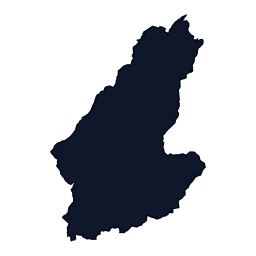 Rau De Mori, Hunedoara, Romania (Equal Earth projection)
{"feature_id": "2599482B8520908508644", "entity_name": "Rau De Mori", "entity_type": "district", "adm_level": 2, "iso_a3": "ROU", "parent_name": "Romania", "parent_adm1": "Hunedoara", "projection": "equal_earth", "projection_center": [22.785, 45.403], "detail": "fine", "context": "isolated", "style": "filled", "palette": "ink", "viewbox_px": 256, "rotation_deg": 0, "n_neighbors": 0, "source": "geoboundaries", "source_scale": "gbopen_adm2", "svg_char_len": 5747}
<svg xmlns="http://www.w3.org/2000/svg" viewBox="0 0 256 256"><path d="M119.9,232.4L124.4,232.4L124.8,231.6L125.8,230.9L127.0,230.6L128.8,229.0L130.9,226.5L132.5,225.9L136.3,226.8L137.7,226.5L138.4,225.5L140.5,225.3L141.2,225.0L142.9,222.7L144.5,222.0L146.6,220.1L146.5,219.7L145.8,219.1L145.7,218.6L146.7,217.6L146.2,216.0L146.6,215.5L149.4,215.9L150.6,216.7L153.0,217.4L153.5,217.3L153.8,217.6L157.2,218.9L160.9,217.5L162.8,216.1L164.5,216.1L167.6,214.5L168.8,212.6L170.5,212.2L172.0,212.7L172.4,212.5L172.8,211.3L172.4,208.9L175.1,208.1L178.7,207.5L178.0,201.0L178.5,200.2L182.2,197.8L182.8,196.6L184.6,195.1L185.0,194.0L184.6,190.3L186.7,188.2L188.0,187.7L188.4,186.2L189.6,184.2L190.7,182.8L191.7,182.0L193.5,179.7L194.6,177.8L195.7,176.7L199.0,175.2L200.5,175.0L200.5,174.6L201.7,172.2L202.0,170.8L203.0,169.6L203.2,168.4L203.6,168.1L203.8,167.6L204.4,167.9L204.5,167.5L205.1,167.0L204.8,166.6L204.7,165.4L204.4,165.3L204.5,164.0L203.9,163.1L201.5,161.7L200.2,160.6L199.6,159.7L198.9,156.4L198.0,155.5L196.1,154.2L194.9,152.7L193.9,152.2L189.8,152.1L189.3,152.8L186.0,155.4L186.0,156.0L185.3,155.0L182.8,154.0L177.9,155.1L177.5,154.8L176.8,155.0L175.2,154.9L174.9,155.2L173.7,155.4L172.1,155.0L171.0,154.2L170.2,154.1L169.6,154.4L168.7,155.3L167.8,155.5L166.0,154.5L164.0,152.2L163.5,149.3L162.7,147.2L163.2,144.8L163.5,142.4L162.4,141.8L162.0,140.6L162.2,139.8L162.8,139.6L163.0,138.8L162.9,137.3L162.5,136.5L162.5,135.6L162.7,135.1L164.3,133.8L166.3,130.9L174.8,122.7L175.5,119.7L176.3,118.4L177.6,116.8L178.5,114.1L178.2,113.0L177.3,111.5L177.0,110.2L178.2,108.6L178.7,106.8L179.3,105.8L179.0,104.7L179.1,103.3L178.1,100.9L179.1,100.1L179.2,99.4L178.9,98.0L178.6,97.4L179.0,96.2L178.6,95.5L178.5,94.2L178.7,93.6L178.4,92.5L178.5,91.7L178.1,90.2L179.2,88.1L179.8,87.5L180.0,86.0L179.8,84.8L180.0,83.8L179.6,81.8L180.1,79.7L182.9,78.7L184.1,78.5L185.9,77.7L186.1,76.0L185.7,74.6L186.1,73.8L186.8,73.8L188.7,72.8L189.8,71.4L190.3,71.8L190.7,71.1L191.1,72.0L191.5,71.7L191.4,70.9L192.0,71.3L192.6,70.7L192.4,69.5L192.1,68.8L192.4,67.3L192.1,66.5L192.2,65.6L192.0,65.1L193.4,62.4L193.9,62.1L193.5,61.1L194.1,60.4L194.2,59.8L194.0,57.8L194.4,57.5L194.4,57.0L195.1,56.7L196.6,54.9L196.6,54.4L197.2,52.9L197.1,51.9L197.8,48.6L198.1,48.2L200.3,46.4L200.8,45.5L201.8,44.9L202.9,43.0L201.7,42.5L202.9,41.4L202.8,40.4L202.1,39.6L200.3,39.8L199.2,40.5L198.8,41.4L198.2,41.4L198.2,41.2L197.4,40.9L197.5,39.2L197.3,39.2L197.0,39.5L197.1,41.1L196.9,41.8L196.0,41.7L195.7,41.4L196.0,40.4L195.2,39.9L194.1,40.1L192.7,39.4L193.5,36.8L193.4,36.4L193.0,36.1L190.8,34.9L188.5,32.3L188.4,31.8L187.6,30.9L187.8,30.0L187.4,29.3L188.9,25.4L188.5,24.8L188.7,23.7L188.1,22.6L187.3,22.2L186.6,20.9L182.9,21.5L182.6,20.7L182.1,20.9L181.9,20.0L183.8,18.8L184.1,17.1L185.5,16.2L185.8,15.4L182.1,17.1L181.2,17.8L180.4,19.1L178.7,19.4L177.8,20.5L174.9,22.6L174.5,23.5L173.2,24.8L173.2,25.6L172.0,26.4L171.8,27.1L172.2,27.7L172.1,28.2L170.8,28.7L169.6,30.1L169.9,31.1L169.3,31.5L169.2,32.8L168.2,33.4L168.0,34.7L167.6,34.6L167.4,34.0L166.8,33.9L166.6,33.2L166.8,32.7L165.4,32.3L164.3,31.1L164.2,30.3L164.9,29.7L165.1,28.7L162.7,27.5L160.0,26.7L159.8,28.5L152.6,26.4L143.9,32.2L144.0,32.8L143.4,33.3L143.9,33.7L143.4,33.9L143.7,34.2L143.6,34.3L143.8,34.4L143.7,35.4L143.2,35.4L143.4,35.8L143.7,35.8L143.5,36.0L143.4,36.3L143.0,36.2L142.6,36.9L142.0,36.5L141.9,37.3L142.0,37.4L141.3,37.9L141.5,38.4L141.3,38.7L141.7,38.8L141.6,39.6L141.5,39.8L139.9,39.7L137.5,40.3L139.0,41.7L139.0,42.2L136.4,45.3L135.5,45.9L134.4,46.3L133.2,48.2L133.9,48.5L133.4,50.7L133.8,51.5L133.7,52.7L133.9,52.7L133.6,53.6L133.4,53.7L133.3,54.3L133.5,54.6L133.1,54.7L133.1,55.1L132.6,55.3L133.1,56.0L132.7,56.6L133.6,56.7L134.4,57.2L132.2,60.6L131.2,64.4L130.5,65.2L128.0,64.8L124.9,65.7L123.0,66.9L120.1,69.9L119.3,70.1L118.7,70.6L118.4,71.2L118.6,71.9L118.5,73.3L118.2,73.9L118.5,74.8L118.0,76.0L117.0,77.4L117.1,79.3L116.6,80.3L116.1,83.5L113.7,87.4L113.4,87.7L109.9,86.2L106.3,86.9L105.0,88.0L104.2,90.7L103.5,91.1L101.2,91.7L100.3,92.6L100.0,93.6L99.6,94.1L97.6,94.8L96.5,96.3L94.9,101.0L94.8,102.2L93.3,104.8L91.3,110.0L89.0,113.3L88.2,114.1L86.8,115.2L82.4,117.7L83.1,118.8L81.8,119.5L80.9,120.7L79.6,121.5L79.4,123.1L78.4,123.5L77.1,124.9L76.7,126.2L76.7,126.9L75.9,128.3L76.1,129.4L73.3,133.4L70.4,136.8L65.0,140.8L64.4,141.0L62.8,141.0L60.1,142.5L57.9,143.2L57.1,143.7L56.8,144.3L55.2,145.4L54.6,146.1L54.3,147.0L54.2,148.0L53.9,148.7L50.9,151.7L51.8,153.5L53.0,154.5L55.5,157.8L57.9,159.1L58.0,159.8L57.5,162.1L58.0,164.2L56.9,165.4L56.8,165.9L60.4,170.6L60.8,172.1L60.8,173.1L61.2,174.4L62.1,175.1L62.9,176.7L63.7,177.1L64.4,178.0L64.5,178.6L66.1,181.1L67.2,181.8L67.9,182.0L67.9,182.6L68.2,183.0L70.5,184.2L71.7,183.8L72.5,182.6L74.0,182.4L74.9,182.7L75.3,183.3L74.9,183.5L74.5,184.4L73.6,185.3L73.4,186.8L72.9,187.8L71.3,189.7L71.7,190.8L73.0,192.7L72.9,195.4L73.7,197.8L73.8,199.3L73.8,202.2L72.2,203.2L71.4,204.9L70.6,205.4L68.9,208.0L68.7,209.8L68.3,211.1L68.3,213.0L66.7,214.0L66.6,215.3L64.4,215.5L62.7,217.4L64.1,218.8L69.3,223.4L69.4,223.8L68.7,224.7L68.8,225.6L67.5,227.4L67.8,231.2L67.4,232.3L67.8,233.8L67.8,235.7L68.0,235.5L69.6,235.8L70.8,236.9L71.1,238.5L70.9,239.6L71.3,240.6L72.0,240.1L74.5,239.7L74.6,239.2L75.5,238.8L75.0,234.2L75.7,234.1L76.7,234.1L77.2,234.6L78.8,234.7L80.4,235.1L82.3,234.6L83.1,233.9L82.5,234.7L82.3,235.3L82.4,235.9L83.3,237.0L85.1,237.7L87.1,238.8L89.4,238.4L91.4,239.1L95.9,239.1L95.7,237.5L96.6,235.6L98.7,234.0L99.4,234.3L100.0,233.9L100.1,233.6L99.9,233.1L99.9,232.2L100.9,230.6L101.3,230.4L103.7,230.9L104.4,230.3L105.8,230.3L108.8,231.0L109.5,230.4L110.4,228.6L111.9,227.3L115.1,228.0L115.8,227.9L115.9,227.3L117.7,227.1L118.3,226.7L118.9,227.5L119.9,229.7L120.1,231.5L119.9,232.4Z" fill="#0f172a" stroke="#020617" stroke-width="1.5"/></svg>